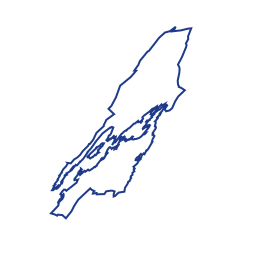 Skodje nor, Møre og Romsdal, Norway (Robinson projection), rotated 316°
{"feature_id": "86288312B6850280746884", "entity_name": "Skodje nor", "entity_type": "district", "adm_level": 2, "iso_a3": "NOR", "parent_name": "Norway", "parent_adm1": "Møre og Romsdal", "projection": "robinson", "projection_center": [6.603, 62.504], "detail": "fine", "context": "isolated", "style": "outline", "palette": "blue", "viewbox_px": 256, "rotation_deg": 316, "n_neighbors": 0, "source": "geoboundaries", "source_scale": "gbopen_adm2", "svg_char_len": 5918}
<svg xmlns="http://www.w3.org/2000/svg" viewBox="0 0 256 256"><g transform="rotate(316 128 128)"><path d="M232.6,88.3L225.5,87.5L220.9,85.0L213.2,84.7L196.6,87.1L195.1,86.6L183.2,88.0L179.3,89.8L172.4,91.1L173.6,92.5L165.4,93.2L151.8,92.1L140.6,97.6L131.3,100.6L127.3,100.7L127.6,108.4L118.1,107.1L112.6,109.1L111.9,109.8L101.9,109.6L94.8,112.3L89.4,113.0L88.8,112.4L86.9,113.1L79.4,113.2L75.0,114.1L71.0,114.0L67.3,113.2L62.3,113.7L60.3,111.2L60.3,111.6L57.1,112.5L52.7,112.7L49.2,113.8L49.2,114.2L45.6,114.4L45.7,115.0L41.6,116.1L41.6,116.7L36.6,117.3L36.4,117.9L35.5,117.9L35.8,118.2L34.6,118.3L34.6,118.6L33.4,118.8L33.5,119.2L30.2,120.0L30.9,120.7L39.2,121.0L34.2,121.9L34.6,122.3L36.6,122.4L38.4,122.1L38.1,121.6L39.0,121.8L39.0,122.1L42.5,121.3L42.5,121.7L44.8,120.5L42.2,120.8L42.2,120.4L48.6,119.2L48.9,118.7L49.8,118.8L49.8,118.5L51.0,119.0L50.9,118.3L52.1,118.6L52.1,118.2L52.7,118.2L52.1,118.0L52.4,117.8L53.4,118.3L57.2,119.0L57.2,118.5L56.6,118.5L62.2,117.7L62.8,118.0L57.8,118.6L58.7,119.1L65.8,118.1L64.3,118.7L65.6,119.5L70.0,118.9L70.0,119.2L74.8,119.0L82.1,117.5L82.1,117.2L87.1,117.0L95.9,115.3L106.0,114.2L115.5,115.3L115.6,115.7L117.2,116.0L117.8,117.4L111.9,120.2L109.9,120.5L108.9,120.1L106.9,121.2L104.0,121.8L104.2,123.2L105.0,123.4L107.7,123.3L107.7,124.0L112.4,123.9L112.5,124.8L110.8,125.1L110.4,125.5L110.5,126.1L110.1,126.3L112.4,126.3L110.9,127.3L104.6,129.2L107.8,128.6L108.6,129.4L110.3,129.3L118.3,127.8L122.9,127.9L125.2,128.3L125.2,128.7L127.6,128.5L129.1,129.0L135.4,129.0L136.0,129.6L140.1,129.9L139.5,131.0L141.5,131.9L141.5,132.2L140.9,132.2L140.9,133.1L142.9,132.9L143.0,132.6L141.8,132.4L142.1,132.1L145.3,131.8L145.5,130.5L144.9,130.4L148.2,130.2L154.8,131.1L158.9,131.1L159.8,131.5L159.9,131.8L164.1,132.5L163.8,132.8L155.2,132.6L154.5,133.6L154.7,134.1L153.8,134.1L154.1,134.8L158.3,135.2L161.9,134.5L168.5,134.3L168.2,135.6L171.4,136.3L170.1,136.7L171.0,137.3L171.0,137.8L171.9,138.5L171.8,139.0L167.3,140.0L167.2,141.6L166.8,142.1L166.3,142.0L170.1,144.2L173.6,144.4L180.4,141.6L186.0,140.2L195.1,140.3L194.1,136.0L193.1,133.7L193.6,133.3L194.1,131.6L196.6,128.5L203.2,124.0L206.1,121.4L207.2,119.8L208.0,117.1L216.2,114.4L226.1,110.1L227.8,109.0L228.4,107.4L233.1,105.9L234.7,103.9L242.7,100.2L239.7,97.9L234.1,94.7L227.2,89.4L230.1,89.2L232.6,88.3ZM81.2,171.3L84.1,169.0L89.4,167.7L90.5,166.9L92.3,167.3L92.6,166.9L95.5,166.2L95.4,165.6L95.8,165.1L97.2,164.6L98.7,164.8L100.1,163.3L102.5,163.6L102.9,162.2L103.6,162.0L103.6,161.7L104.5,161.8L104.4,161.3L105.3,160.9L104.7,160.9L105.4,160.2L105.2,159.7L110.0,160.0L112.4,159.1L115.4,159.1L115.4,158.8L116.8,158.4L116.4,158.0L116.1,157.1L115.3,157.2L115.3,157.7L112.9,157.7L112.6,157.0L111.7,157.1L111.1,156.4L111.9,155.8L114.3,155.5L116.1,156.2L116.4,155.8L119.3,155.6L119.2,156.9L118.8,157.3L121.5,157.2L121.3,158.1L120.7,158.1L121.6,158.4L125.6,156.9L125.7,157.3L128.0,157.1L135.3,155.1L135.3,154.7L136.2,154.7L136.2,154.2L137.6,153.3L141.4,152.1L141.0,150.5L142.1,150.1L142.1,149.4L141.5,149.4L142.1,148.8L147.5,147.6L148.6,146.9L148.9,146.1L148.4,145.6L148.5,145.3L151.5,143.6L152.2,142.8L151.9,142.0L156.1,141.7L156.9,141.2L156.4,140.6L157.4,140.4L159.7,140.9L160.6,140.6L159.8,140.2L160.7,139.6L164.3,139.5L170.9,137.5L169.1,136.3L163.5,136.8L163.2,136.3L158.2,135.7L157.2,135.8L156.9,136.3L151.9,136.1L153.4,136.6L153.1,137.0L149.6,136.8L149.3,137.3L146.8,136.2L146.8,135.9L145.4,136.1L145.7,136.6L147.2,136.6L147.2,137.1L144.5,137.4L144.0,138.1L140.7,138.2L141.4,138.9L138.1,138.8L138.0,139.1L142.3,139.7L142.3,140.3L143.8,140.2L143.8,140.6L144.7,140.4L144.8,140.9L145.6,140.8L145.7,141.3L143.0,142.1L137.7,142.7L137.8,143.2L136.3,143.3L136.3,143.6L137.2,144.0L136.3,144.1L135.1,143.8L135.1,143.5L135.8,143.5L135.7,142.9L132.1,143.3L129.4,143.0L126.1,141.5L125.1,140.5L123.9,140.1L122.8,138.5L122.7,138.1L125.5,137.6L125.2,137.1L122.3,137.3L122.3,137.9L120.8,137.3L121.0,136.8L120.7,136.6L117.1,136.0L116.9,135.8L117.1,135.2L118.3,134.9L117.9,134.5L118.9,134.1L118.8,133.8L117.6,134.0L117.6,133.6L117.0,133.6L116.9,132.9L116.5,132.8L120.4,131.6L118.0,131.5L117.2,131.3L117.6,131.0L117.3,130.8L115.6,131.0L116.9,130.7L117.2,129.9L117.0,129.4L115.8,129.4L113.9,130.8L115.3,131.0L109.8,132.7L109.9,133.5L106.7,134.2L105.2,135.0L104.8,134.3L103.8,134.0L106.3,132.8L103.5,132.2L103.5,131.8L101.7,131.7L102.0,129.7L101.3,129.0L98.6,129.3L95.1,130.7L96.2,131.2L96.1,131.8L94.0,131.5L94.0,132.0L90.5,132.6L90.5,133.0L87.9,133.2L89.0,132.8L88.7,132.3L87.6,132.5L88.1,131.6L86.6,131.6L87.2,131.9L80.7,132.8L79.3,133.4L79.2,133.1L77.2,133.3L76.8,132.6L75.3,132.7L71.1,131.9L70.5,131.7L70.4,130.2L67.4,129.9L67.4,129.6L66.8,129.6L66.8,128.5L64.4,128.6L64.4,128.0L63.5,128.2L63.5,128.6L60.8,128.5L60.9,127.9L62.5,127.4L62.5,126.7L66.0,125.7L65.9,124.6L65.6,125.0L61.5,125.4L61.0,126.3L60.1,126.3L60.1,126.7L54.5,127.4L54.5,127.7L52.5,128.3L54.6,128.6L54.8,130.1L55.9,130.4L53.0,131.6L40.0,130.3L40.1,129.0L39.3,127.9L36.9,127.9L33.4,128.6L33.4,129.0L34.3,129.0L34.2,129.3L32.0,131.5L35.6,130.9L35.4,131.4L33.9,132.0L33.9,132.4L33.1,132.4L33.1,132.8L32.2,132.8L32.2,133.1L31.0,133.2L31.0,133.5L29.0,133.4L29.3,132.5L30.3,131.7L26.8,132.7L26.9,133.3L26.0,133.1L25.7,134.2L25.1,134.2L24.6,135.1L23.7,135.4L13.3,135.9L15.2,139.2L16.1,141.8L17.3,141.6L20.3,145.0L20.6,149.8L29.6,148.6L35.3,146.6L42.4,145.0L58.9,145.2L58.9,147.0L59.9,149.9L59.2,149.8L57.2,150.8L60.3,153.0L59.4,154.0L65.1,159.1L68.3,158.4L72.2,161.2L73.4,162.5L74.3,164.3L71.8,165.6L70.1,167.3L71.4,167.9L76.3,167.9L81.2,171.3ZM79.9,120.4L78.8,120.5L78.6,121.0L79.9,121.9L79.4,123.1L79.6,123.7L82.6,124.2L82.6,124.5L85.8,124.3L85.9,125.2L88.3,125.0L89.8,125.4L89.4,124.5L90.0,124.5L90.0,124.2L89.4,124.0L90.9,124.0L91.1,123.1L97.1,123.2L100.0,122.3L99.3,121.6L98.7,121.6L98.7,121.1L96.9,120.9L94.9,121.3L94.2,120.7L91.8,120.5L91.8,120.2L93.0,120.0L91.2,120.1L90.6,120.5L82.3,120.3L80.0,120.8L79.9,120.4Z" fill="none" stroke="#1e3a8a" stroke-width="2"/></g></svg>